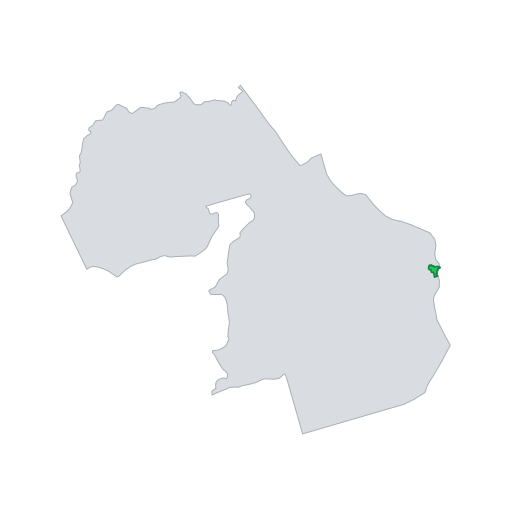 Livingstone, Southern, Zambia shown in context, rotated 254°
{"feature_id": "96606910B12959301642296", "entity_name": "Livingstone", "entity_type": "district", "adm_level": 2, "iso_a3": "ZMB", "parent_name": "Zambia", "parent_adm1": "Southern", "projection": "robinson", "projection_center": [25.872, -17.81], "detail": "fine", "context": "in_parent", "style": "filled", "palette": "green", "viewbox_px": 512, "rotation_deg": 254, "n_neighbors": 0, "source": "geoboundaries", "source_scale": "gbopen_adm2", "svg_char_len": 5575}
<svg xmlns="http://www.w3.org/2000/svg" viewBox="0 0 512 512"><g transform="rotate(254 256 256)"><path d="M336.1,346.5L315.2,346.5L307.7,348.4L301.4,351.3L294.0,355.7L289.6,358.8L288.5,360.6L287.9,364.4L287.8,370.3L287.1,374.5L284.8,378.3L273.5,383.0L266.1,386.9L258.9,391.4L253.4,397.3L249.6,404.5L243.4,413.5L230.3,429.5L222.8,432.4L216.5,431.8L208.9,428.4L202.8,427.8L198.4,429.9L194.2,429.2L190.4,425.9L187.2,424.6L184.7,425.6L181.4,425.4L175.4,423.5L170.2,417.8L167.3,415.5L165.2,414.6L158.9,413.7L144.6,412.4L129.8,415.2L116.7,418.1L103.4,405.4L90.6,391.9L87.9,388.5L83.0,384.0L79.5,381.8L78.2,380.7L74.7,368.7L72.7,357.7L72.2,251.8L130.8,251.8L134.5,251.4L134.7,250.2L132.0,244.6L132.1,242.6L132.8,238.7L135.4,231.1L135.6,228.5L134.4,220.2L134.5,215.5L135.1,206.1L134.7,202.9L136.1,198.7L136.5,195.9L137.1,194.6L136.4,191.4L135.2,180.2L134.5,175.5L138.0,176.2L139.2,178.5L139.9,181.1L141.5,181.2L145.6,182.7L147.1,184.8L148.1,189.3L147.5,191.6L146.1,193.4L147.5,195.1L150.3,196.2L151.9,195.8L156.6,192.8L161.0,191.6L163.2,190.8L172.9,188.8L174.8,187.7L176.1,187.7L177.1,188.6L176.2,191.8L176.0,194.6L177.2,200.0L178.1,202.4L180.1,204.3L181.5,205.2L183.2,207.1L186.5,206.8L194.0,209.5L196.2,210.8L199.3,212.0L201.5,212.5L209.2,213.4L217.3,215.0L221.5,215.1L224.4,214.7L226.5,213.9L227.8,213.1L228.4,212.3L231.4,202.2L233.0,201.4L235.0,200.9L236.1,201.8L237.4,208.2L243.3,214.0L245.3,218.8L246.7,223.0L248.0,224.1L250.2,225.5L253.7,226.0L256.9,226.2L272.6,233.2L274.3,234.5L276.3,238.3L277.4,242.5L278.6,245.9L280.7,246.6L282.5,246.8L284.3,249.1L285.6,251.1L290.2,259.5L290.9,262.8L293.1,265.0L296.2,265.9L299.0,266.1L300.6,265.1L304.7,263.4L307.8,261.4L310.1,260.7L311.4,261.1L312.5,262.5L313.1,266.6L315.4,268.0L317.0,267.5L317.6,265.9L317.7,265.0L317.8,221.5L316.4,221.8L314.6,223.1L310.4,223.2L308.8,224.1L308.3,225.5L308.6,227.3L308.7,229.8L308.0,230.9L306.2,231.4L303.6,230.5L298.8,229.2L294.8,228.5L292.0,225.2L288.1,220.3L285.6,217.8L279.5,212.7L278.4,211.6L276.6,209.2L275.0,205.1L273.5,200.4L272.7,197.4L274.2,192.8L277.8,177.7L278.6,173.0L281.6,168.3L281.8,164.0L280.6,158.5L281.0,155.5L281.4,138.2L280.6,132.8L278.6,126.7L274.2,118.3L274.2,116.5L281.0,111.0L283.1,109.0L286.6,104.6L289.0,100.8L290.5,97.7L291.1,93.8L289.9,90.0L292.3,89.3L348.4,79.6L349.2,82.2L350.9,86.4L352.8,89.6L355.2,92.4L357.3,94.0L358.6,94.6L367.3,94.4L370.4,96.1L373.1,98.2L373.7,101.5L375.5,103.6L377.4,105.2L378.2,105.4L379.7,105.0L382.0,105.0L384.1,105.7L385.1,106.4L385.2,109.2L385.9,110.4L388.8,110.9L391.8,111.1L394.6,113.0L397.7,113.3L401.3,114.1L403.0,116.1L406.8,118.2L411.5,120.0L416.6,123.1L416.7,124.0L417.6,125.8L418.5,127.1L418.6,129.0L419.0,130.8L420.3,131.2L421.4,131.3L422.4,130.1L423.8,130.1L425.3,130.9L425.8,132.9L427.0,135.7L428.9,137.5L430.2,139.4L429.7,142.6L428.9,145.7L431.4,148.6L434.8,151.4L435.7,152.7L435.9,156.9L436.4,158.3L438.7,161.8L439.8,164.1L439.7,165.5L433.5,172.4L429.7,173.4L428.1,174.8L427.1,176.3L429.5,183.2L430.7,185.8L429.6,189.0L427.2,194.6L426.0,195.1L425.8,199.3L426.6,200.8L427.7,202.0L428.2,204.9L428.1,211.9L426.5,220.0L429.2,227.0L430.1,227.8L433.9,227.8L434.6,228.4L433.7,230.4L431.0,233.5L426.1,235.9L419.1,238.5L417.6,241.1L416.7,244.8L417.4,246.9L418.4,248.2L418.0,251.4L417.4,254.8L417.6,257.5L417.3,259.8L416.3,261.0L415.1,264.6L413.6,268.2L412.4,269.8L410.6,271.5L407.9,272.9L407.9,273.7L411.0,275.3L411.8,276.5L412.1,277.2L410.8,279.1L412.2,280.2L414.0,281.1L415.6,283.5L417.5,288.0L417.8,288.4L418.4,288.5L419.4,288.0L421.4,286.2L422.8,285.5L424.4,288.1L395.2,299.2L388.4,301.5L378.1,305.4L374.8,306.9L372.1,308.3L345.0,317.0L340.7,318.7L331.1,323.1L330.8,323.8L330.9,325.8L331.7,330.0L333.4,333.8L334.8,336.0L335.6,341.6L336.1,346.5Z" fill="#d9dde1" stroke="#a8b0b8" stroke-width="1"/><path d="M186.7,425.2L186.9,425.1L187.0,425.1L187.4,425.0L187.4,424.9L187.5,424.9L187.8,424.6L187.9,424.4L188.0,424.4L188.2,424.2L188.4,424.1L188.5,424.1L188.8,424.1L189.0,424.2L189.1,424.3L189.1,424.6L189.1,424.8L189.1,425.0L189.3,425.2L189.4,425.3L189.5,425.3L189.6,425.2L190.0,425.2L190.4,425.3L190.5,425.4L190.7,425.5L190.8,425.5L191.0,425.5L191.3,425.6L191.5,425.7L191.6,425.9L191.8,426.0L192.0,426.3L192.1,426.5L192.3,426.7L192.4,426.8L192.5,426.8L192.6,427.0L192.8,427.2L192.9,427.3L193.1,427.3L193.4,427.2L193.5,427.2L193.7,427.3L193.7,427.6L193.6,427.8L193.7,428.0L193.8,428.1L194.0,428.2L194.0,428.3L193.9,428.4L193.7,428.4L193.7,428.5L193.8,428.5L194.0,428.5L193.9,428.6L193.7,428.7L193.7,428.8L193.7,429.0L193.8,429.0L194.1,429.1L194.1,429.3L194.0,429.6L194.0,429.8L194.3,429.9L194.5,429.8L194.6,429.7L194.8,429.5L194.8,429.4L194.9,429.2L195.0,429.2L195.2,428.9L195.3,428.9L195.4,428.7L195.5,428.7L195.6,428.4L195.7,428.2L195.8,427.9L195.9,427.7L196.0,427.6L196.1,427.4L196.2,425.1L196.2,424.9L196.3,424.9L196.5,424.7L196.7,424.4L196.8,424.4L196.8,424.2L197.0,424.2L197.1,423.9L197.3,423.9L197.3,423.7L197.5,423.6L197.7,423.4L197.8,423.4L197.8,423.2L197.9,422.9L198.0,422.8L197.9,422.8L197.9,422.7L198.0,422.5L198.1,422.4L198.1,422.1L198.2,421.9L198.3,421.9L198.5,422.0L198.5,421.9L198.8,421.7L199.0,421.6L199.0,421.4L198.9,421.3L198.9,421.2L199.0,421.2L199.1,421.3L199.1,421.2L199.1,420.9L199.1,420.7L199.2,420.4L199.3,420.4L199.4,420.2L199.2,419.9L198.5,419.3L198.1,419.0L197.2,418.7L196.2,418.4L196.1,418.7L195.4,418.7L195.4,418.8L195.0,419.2L194.3,419.9L194.3,420.3L193.8,420.2L192.1,420.1L191.9,420.2L191.9,420.3L191.9,420.5L191.8,420.8L191.7,420.9L191.6,421.1L191.4,421.3L191.3,421.5L191.4,421.8L191.2,421.8L191.1,422.0L186.5,421.8L186.5,424.2L186.7,425.2Z" fill="#22c55e" stroke="#15803d" stroke-width="1.5"/></g></svg>